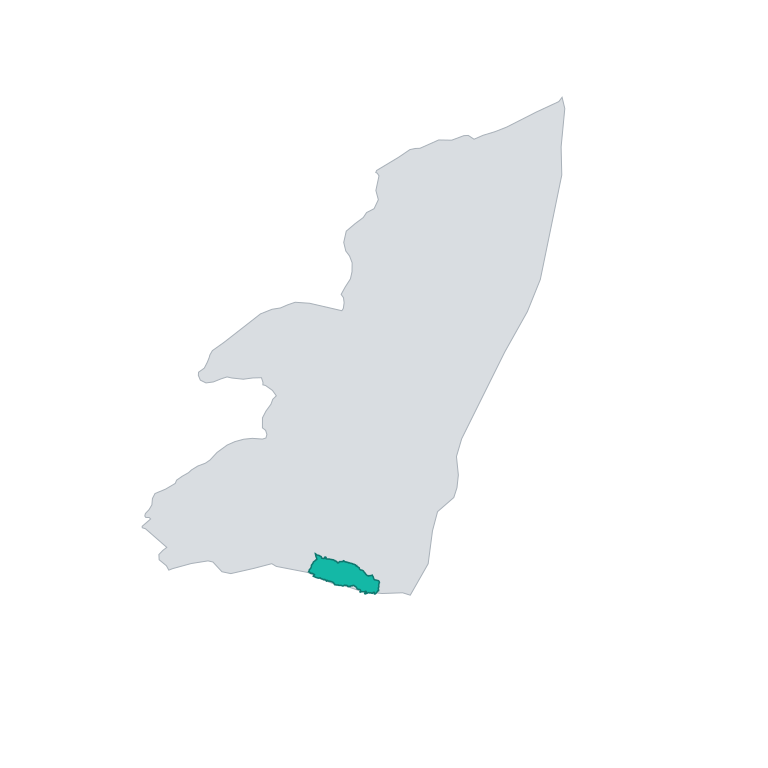 Porkpa, Grand Cape Mount, Liberia shown in context, rotated 246°
{"feature_id": "62588387B76680524179510", "entity_name": "Porkpa", "entity_type": "district", "adm_level": 2, "iso_a3": "LBR", "parent_name": "Liberia", "parent_adm1": "Grand Cape Mount", "projection": "equal_earth", "projection_center": [-11.08, 7.305], "detail": "fine", "context": "in_parent", "style": "filled", "palette": "teal", "viewbox_px": 768, "rotation_deg": 246, "n_neighbors": 0, "source": "geoboundaries", "source_scale": "gbopen_adm2", "svg_char_len": 6149}
<svg xmlns="http://www.w3.org/2000/svg" viewBox="0 0 768 768"><g transform="rotate(246 384 384)"><path d="M180.4,322.1L185.7,316.1L193.4,297.0L204.2,278.6L214.2,267.7L222.2,256.5L230.6,247.9L242.7,237.9L261.2,211.4L265.5,208.4L268.5,190.1L273.1,166.9L278.4,159.6L291.0,155.3L294.0,151.3L298.4,134.9L301.3,115.9L301.5,111.7L306.5,111.3L314.9,107.1L319.8,109.0L322.0,114.5L323.1,119.1L348.8,107.2L351.0,104.7L352.4,105.2L355.6,115.9L357.5,115.2L359.0,112.1L360.7,111.8L362.7,113.3L364.8,118.3L368.0,122.8L373.6,125.9L377.1,130.3L376.8,141.7L378.1,152.9L380.5,155.4L381.8,162.1L382.5,169.4L383.8,173.2L384.8,180.6L384.3,188.5L385.3,194.1L389.4,203.7L392.0,215.8L392.0,224.4L390.6,233.4L387.9,241.6L383.1,250.6L382.7,254.2L385.5,256.5L389.8,257.0L393.4,255.1L402.5,259.2L407.3,265.2L411.5,272.5L415.3,276.2L417.0,280.8L423.5,279.5L430.9,275.1L432.5,273.0L434.7,274.1L439.6,274.6L442.9,266.6L445.6,257.4L451.4,247.4L454.3,243.5L455.0,237.1L455.3,228.9L457.4,221.8L462.2,217.8L467.4,217.9L470.2,219.4L471.6,226.3L475.8,231.5L479.4,235.2L481.3,236.7L484.3,240.8L487.1,254.7L498.3,299.7L497.8,312.1L495.6,320.3L495.5,328.2L494.8,336.1L488.0,348.9L468.1,375.3L469.6,377.6L474.4,380.6L479.3,382.1L483.3,381.3L488.3,387.9L493.7,396.1L499.5,400.4L507.7,404.2L514.9,404.6L521.1,403.2L529.7,404.8L539.0,411.7L542.3,423.0L544.5,432.8L547.7,437.8L548.2,446.3L554.7,453.8L564.1,455.3L576.2,464.1L579.3,463.6L580.6,462.5L582.1,464.2L585.2,489.6L587.6,503.0L586.4,508.5L584.7,512.7L584.7,533.2L579.2,545.0L578.4,557.9L576.8,562.1L571.0,565.8L570.9,575.7L569.4,587.7L568.8,600.4L570.5,633.7L570.9,658.6L573.5,663.3L562.1,661.2L528.5,642.2L502.6,631.4L415.9,569.3L391.8,544.4L364.1,507.3L302.4,432.7L288.3,420.7L270.6,414.9L259.6,408.5L251.9,401.6L245.6,381.0L230.2,368.6L201.8,351.2L180.4,322.1Z" fill="#d9dde1" stroke="#a8b0b8" stroke-width="1"/><path d="M257.0,252.3L254.2,251.7L252.1,251.6L251.0,251.2L251.0,250.2L250.5,248.9L250.1,247.1L249.0,246.0L248.0,244.0L246.6,243.3L245.5,242.1L244.6,240.1L243.6,239.5L243.1,238.7L243.0,238.8L242.7,239.2L242.0,239.8L241.1,239.8L240.7,240.7L240.2,241.5L239.5,242.0L238.6,242.6L238.2,243.0L237.8,242.7L237.6,241.9L237.2,241.2L236.8,241.5L236.2,242.1L234.9,243.2L234.1,244.2L233.5,244.8L233.1,245.6L233.0,246.4L232.9,246.9L232.0,247.2L231.1,248.2L230.7,248.7L230.3,248.9L229.8,249.3L229.6,250.0L229.6,250.4L229.3,250.5L228.9,250.8L228.6,251.0L228.1,251.1L228.0,251.6L227.9,251.8L227.7,251.5L227.5,251.4L227.3,251.4L227.3,252.0L227.2,252.6L226.9,252.9L226.6,253.0L226.2,253.6L226.1,254.1L225.8,254.4L225.6,254.6L225.3,255.1L225.2,255.2L224.6,255.8L224.0,256.4L223.2,257.0L222.4,257.2L221.8,257.3L221.5,257.2L221.2,257.5L220.9,257.5L220.6,257.4L220.4,257.6L220.2,258.3L219.7,258.9L219.3,259.4L219.3,259.7L219.2,260.3L218.4,260.8L218.0,261.7L217.6,262.7L217.4,263.1L216.7,263.6L216.3,264.0L216.1,264.6L216.3,265.7L216.3,266.2L216.2,266.3L216.1,266.5L215.8,266.8L215.6,267.3L215.4,267.8L214.8,268.5L214.5,268.6L213.9,268.6L213.5,268.8L213.4,269.6L213.3,270.1L212.8,270.5L212.7,270.9L213.1,271.5L213.0,272.1L212.6,272.6L212.5,272.8L212.6,273.3L212.7,273.9L212.5,274.1L212.3,274.3L212.1,274.7L211.5,274.8L211.1,275.2L210.6,275.6L210.0,275.9L209.3,276.0L208.9,276.1L208.6,276.2L207.8,276.1L207.0,276.9L206.6,277.5L206.1,278.3L205.9,278.5L205.3,278.6L204.9,278.6L204.4,278.5L204.1,278.0L203.9,277.5L203.5,277.6L203.5,278.2L203.5,278.6L203.3,279.0L203.2,279.3L203.1,279.8L202.8,280.2L202.6,280.7L202.4,281.0L202.2,281.8L202.2,282.8L202.0,283.2L201.5,283.3L201.2,283.3L201.4,282.9L201.8,282.6L201.8,282.1L201.5,282.0L201.2,282.2L201.0,282.3L200.7,282.0L200.8,281.6L200.6,281.2L200.4,281.1L199.9,281.4L199.8,281.9L199.8,282.5L199.7,283.1L199.7,283.9L199.7,284.6L199.7,285.1L198.9,285.9L198.7,286.4L198.8,286.7L198.7,287.1L198.4,287.2L198.0,287.5L197.5,288.3L197.6,288.7L198.0,289.3L197.9,289.9L197.7,290.3L197.2,290.2L196.7,289.9L196.3,289.8L195.9,290.1L195.8,290.7L195.9,291.1L196.2,291.8L196.9,293.2L197.1,293.9L197.5,294.2L197.6,294.6L197.5,295.0L197.8,295.0L198.0,294.9L198.1,295.1L198.2,295.3L198.6,295.5L199.2,295.6L199.7,295.7L200.0,295.8L200.2,296.2L200.4,296.4L200.5,296.5L200.8,296.8L201.0,296.8L201.9,297.2L202.5,297.3L202.9,297.6L203.3,297.9L203.3,298.0L203.7,298.2L204.0,298.4L204.2,298.7L204.3,299.0L204.6,299.1L205.1,299.2L205.3,299.2L205.9,299.2L206.2,299.1L206.6,298.9L206.9,298.6L207.2,298.1L207.7,297.5L207.8,297.4L208.2,296.9L208.6,296.3L208.8,295.9L209.4,295.5L209.5,295.5L210.1,295.5L210.8,295.5L211.4,295.6L212.6,295.7L213.0,295.6L213.4,295.5L213.9,295.5L214.2,295.5L214.2,294.9L214.2,294.7L214.4,293.8L214.7,293.3L214.7,292.6L214.9,292.2L214.9,291.7L215.4,291.4L215.5,291.4L215.7,290.9L216.1,290.6L217.2,290.2L217.7,289.9L218.1,290.0L218.6,289.9L219.6,289.6L220.1,289.4L220.9,289.2L221.4,289.2L221.7,289.1L222.1,288.8L222.5,288.6L222.8,288.1L223.4,287.5L223.5,287.1L224.1,286.7L224.7,286.5L225.4,286.4L225.9,286.5L226.2,286.6L226.5,286.4L227.1,286.0L227.6,285.7L227.9,285.5L228.6,284.9L228.8,284.8L229.2,285.1L229.3,284.8L229.5,284.3L229.8,284.3L230.4,284.4L230.9,283.8L231.4,283.5L231.7,282.9L232.0,282.4L232.4,282.4L232.8,282.0L233.4,281.3L233.8,280.6L234.1,280.3L234.4,279.9L234.7,279.6L234.9,279.5L235.0,279.0L235.1,278.7L235.5,278.6L235.8,278.5L236.1,277.8L236.6,277.4L236.6,277.0L236.8,276.8L237.1,276.7L237.3,276.2L237.5,276.0L238.0,275.8L238.7,275.5L239.0,275.3L239.1,275.0L238.9,274.8L238.6,274.7L238.5,274.4L238.6,273.9L238.9,273.4L239.2,272.6L239.5,271.8L239.8,271.4L239.6,270.9L239.6,270.3L239.2,270.0L239.2,269.4L239.3,269.0L239.7,268.8L240.1,268.8L240.6,268.6L240.9,268.4L241.1,268.5L241.6,268.2L241.8,267.9L242.1,267.5L242.1,267.4L242.7,267.4L243.3,266.7L243.8,266.4L244.2,266.0L244.4,265.5L244.6,265.1L244.9,265.0L245.2,264.2L245.5,263.9L245.8,263.5L246.4,262.8L246.4,262.7L247.0,261.4L247.7,260.2L248.2,259.9L248.6,260.1L248.9,260.5L249.2,260.5L249.6,260.3L249.9,259.8L249.9,259.4L249.7,259.1L249.0,258.6L249.0,258.2L249.3,257.5L249.6,257.2L249.8,256.9L250.1,256.3L250.8,256.3L251.3,256.4L251.9,256.4L252.4,256.0L253.0,255.4L253.6,255.1L254.0,254.7L254.4,254.1L254.7,253.6L255.1,253.2L256.2,252.6L256.3,252.6L256.9,252.4L257.0,252.3Z" fill="#14b8a6" stroke="#0f766e" stroke-width="1.5"/></g></svg>